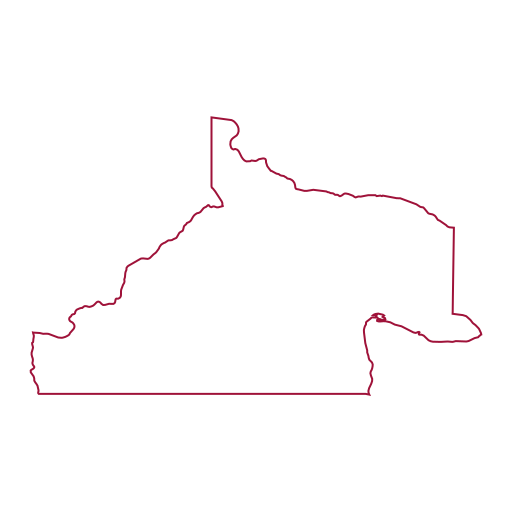 an SVG outline of Río Negro
{"feature_id": "ARG-1297", "entity_name": "Río Negro", "entity_type": "Province", "adm_level": 1, "iso_a3": "ARG", "parent_name": "Argentina", "parent_adm1": "", "projection": "natural_earth1", "projection_center": [-67.714, -39.784], "detail": "fine", "context": "isolated", "style": "outline", "palette": "rose", "viewbox_px": 512, "rotation_deg": 0, "n_neighbors": 0, "source": "natural_earth", "source_scale": "10m", "svg_char_len": 5622}
<svg xmlns="http://www.w3.org/2000/svg" viewBox="0 0 512 512"><path d="M38.8,393.9L38.2,393.1L38.2,392.2L38.5,391.2L38.5,390.2L37.5,385.7L36.4,383.9L35.2,382.3L34.3,380.7L34.2,378.3L33.6,376.3L30.8,372.4L30.7,370.5L31.4,369.8L33.1,368.8L33.8,368.2L34.3,367.1L34.1,366.4L33.5,365.7L32.9,364.8L32.5,363.7L32.4,362.9L32.8,361.1L32.9,359.9L32.8,359.0L32.6,358.1L32.2,357.0L31.6,354.7L31.6,352.7L32.8,348.6L33.0,347.4L32.8,346.4L32.2,344.3L32.1,343.0L32.5,342.6L33.0,342.2L33.2,341.2L33.4,339.0L33.8,336.8L33.8,335.4L33.1,333.1L33.0,332.5L33.4,332.6L39.7,333.0L43.1,333.8L46.8,333.7L48.6,333.9L58.2,337.5L61.3,337.8L62.6,337.7L65.3,336.9L66.7,336.2L67.5,335.8L68.6,335.1L69.1,334.7L69.4,334.3L70.0,333.0L73.1,329.5L73.8,328.6L74.3,327.5L74.5,326.1L74.2,324.8L73.5,323.7L72.7,322.7L71.8,322.1L70.8,321.6L69.9,320.9L69.4,320.0L69.2,319.4L69.2,318.8L69.3,318.2L69.6,317.6L69.9,317.2L70.7,316.6L71.0,316.3L71.2,315.9L71.6,315.2L71.8,314.9L72.6,314.4L74.3,314.0L74.9,313.4L75.1,313.0L75.2,312.0L75.4,311.6L75.7,311.0L76.1,310.4L76.6,309.9L77.1,309.5L79.6,308.4L81.0,308.0L82.2,307.9L82.2,307.7L82.8,307.4L84.1,306.4L84.9,306.1L85.7,306.1L87.3,306.4L88.0,306.7L89.6,306.9L91.4,306.4L93.2,305.6L94.5,304.5L96.6,302.3L97.4,301.8L98.5,301.6L99.6,302.0L100.6,302.8L101.4,303.8L103.1,305.0L105.1,304.9L109.0,303.8L113.3,303.9L114.5,303.2L115.1,302.1L115.6,299.4L116.2,298.7L116.6,298.6L117.6,298.7L118.1,298.7L118.7,298.4L119.3,298.1L119.9,297.7L120.3,297.2L120.9,295.9L121.0,294.3L121.0,291.1L121.2,289.7L123.0,284.9L124.1,283.0L124.4,282.0L124.5,281.4L124.3,279.4L124.5,278.7L124.9,277.4L125.0,276.7L125.3,273.1L125.6,271.8L126.3,270.2L126.4,269.6L126.5,268.5L126.5,268.0L126.8,267.5L127.6,266.4L128.7,265.6L140.7,258.7L141.5,258.5L143.1,258.4L147.6,258.9L148.8,258.6L150.1,257.8L153.5,254.4L155.5,252.9L156.3,252.1L159.0,248.4L159.2,247.7L159.3,247.4L160.4,245.7L161.2,244.7L162.3,243.9L163.9,243.0L165.0,242.6L167.7,240.8L168.4,240.4L168.9,240.3L170.4,240.3L171.8,240.1L172.1,240.0L173.4,239.2L175.7,238.2L176.3,237.9L176.7,237.4L177.2,236.6L179.1,233.2L179.4,232.8L180.0,232.3L182.6,230.8L182.8,230.4L183.1,229.8L183.9,226.6L184.4,225.7L185.8,224.6L186.3,224.0L186.9,223.0L189.0,222.1L189.9,221.5L190.7,220.8L191.3,219.9L192.8,217.2L194.0,215.5L195.5,214.2L197.1,213.2L198.7,212.9L200.4,212.0L203.6,208.1L205.2,207.2L206.0,206.9L208.1,205.1L208.7,205.1L209.8,206.5L211.2,207.2L211.9,207.0L212.6,206.6L213.4,206.4L214.3,206.5L216.6,207.3L218.3,207.3L223.6,205.9L223.4,205.9L222.6,205.6L222.3,204.9L222.4,204.0L222.3,202.9L221.7,201.4L215.2,191.4L212.9,188.5L211.8,187.6L211.5,186.2L211.5,127.8L211.5,117.9L211.5,117.4L231.6,120.1L233.7,121.2L235.2,122.6L236.7,124.4L237.9,126.5L238.5,128.5L238.6,131.3L237.9,133.6L236.7,135.4L233.3,137.8L231.7,139.3L230.6,141.4L230.3,144.4L230.5,145.5L230.9,146.9L231.4,148.1L231.9,148.6L232.1,148.8L233.0,149.3L233.6,149.5L234.9,149.0L235.4,149.0L237.4,149.8L238.8,151.4L241.6,157.0L242.9,158.9L244.5,160.5L246.4,161.4L250.2,161.2L251.5,160.5L255.3,161.0L256.6,160.7L258.9,159.2L263.1,158.4L264.2,158.5L265.3,159.0L265.8,159.8L266.0,160.8L266.0,162.1L266.2,162.9L267.3,166.2L269.2,168.8L269.8,169.5L270.6,170.6L270.9,170.9L271.5,170.9L276.4,173.6L278.7,174.1L280.2,175.2L281.3,175.6L283.8,176.0L285.5,177.1L286.0,177.3L286.3,177.5L287.2,178.4L287.7,178.6L289.9,179.0L291.7,179.9L293.2,181.2L294.4,183.0L295.0,184.9L295.4,187.8L296.0,188.8L297.2,189.2L298.5,189.4L304.4,190.9L306.7,190.9L313.3,189.8L326.0,191.4L326.5,191.5L327.6,192.1L328.9,192.3L330.6,193.1L332.7,193.3L333.3,193.5L333.8,193.8L334.7,194.6L335.2,194.8L337.3,194.8L338.0,195.0L338.6,195.4L339.1,195.8L339.5,196.1L340.4,196.1L341.5,195.6L342.6,194.9L343.4,194.2L344.5,193.6L345.8,193.5L348.4,194.0L352.8,195.7L354.6,197.0L355.6,197.4L356.0,197.3L358.3,196.5L360.8,196.6L368.2,195.2L375.0,195.2L375.4,195.2L376.7,196.1L380.3,195.6L381.9,196.1L382.8,195.6L396.7,198.2L400.3,198.3L416.4,204.3L420.0,206.7L420.8,207.0L423.2,207.4L424.0,208.1L428.2,213.2L429.2,213.7L432.6,214.4L434.4,215.4L435.1,216.0L435.8,216.8L437.1,218.8L437.9,219.9L439.7,220.7L446.1,225.1L447.5,226.5L449.4,227.3L453.9,227.7L453.4,261.7L452.9,295.5L452.7,311.5L452.6,313.8L462.8,315.1L466.0,316.1L466.7,316.6L470.5,320.0L472.6,322.8L473.1,323.3L475.5,325.1L478.4,328.1L479.1,329.0L480.9,332.9L481.3,334.4L481.3,334.5L480.8,334.6L480.2,335.3L478.9,336.3L478.2,337.2L474.6,338.1L468.7,341.0L466.4,341.5L455.7,341.1L453.5,341.7L452.4,341.9L447.7,341.5L440.6,341.9L432.8,341.7L430.6,341.2L428.5,340.2L423.7,335.6L421.5,334.7L419.4,334.7L418.9,334.4L418.8,333.8L419.0,333.2L419.5,332.3L419.0,331.9L417.8,332.1L416.5,332.7L415.4,332.9L413.4,332.4L401.5,326.3L394.8,324.6L390.3,322.3L385.8,321.3L383.4,321.2L380.0,321.5L378.4,321.4L377.1,320.9L377.1,320.0L378.0,319.4L379.3,319.0L380.2,319.2L379.9,320.2L380.3,320.2L380.7,320.0L381.0,319.9L384.0,319.8L384.9,319.7L385.4,319.3L384.9,318.0L383.5,317.5L382.6,316.9L384.1,315.5L382.9,314.7L378.2,313.6L375.4,314.0L373.7,314.7L373.2,315.1L374.1,315.2L375.7,314.8L376.6,315.1L375.9,316.0L376.1,316.6L376.7,317.0L377.3,317.6L372.2,317.4L371.3,317.8L370.7,318.5L366.7,321.6L366.2,322.1L366.0,322.7L366.0,324.0L365.9,324.6L365.1,325.8L364.6,327.1L364.2,328.5L363.9,330.0L364.0,332.5L365.3,343.1L367.2,350.4L367.2,352.4L368.4,355.9L368.7,357.8L369.3,359.7L372.0,362.5L372.7,364.4L372.6,366.2L372.2,368.3L371.5,370.2L370.8,371.4L370.4,373.2L370.9,375.4L372.2,378.9L372.1,381.1L371.2,383.8L369.1,388.2L368.4,390.9L368.6,393.0L369.3,394.6L368.9,394.5L365.7,393.9L335.9,393.9L321.1,393.9L279.3,393.9L220.4,393.9L203.0,393.9L161.0,393.9L155.4,393.9L65.2,393.9L39.3,393.9L38.8,393.9Z" fill="none" stroke="#9f1239" stroke-width="2"/></svg>